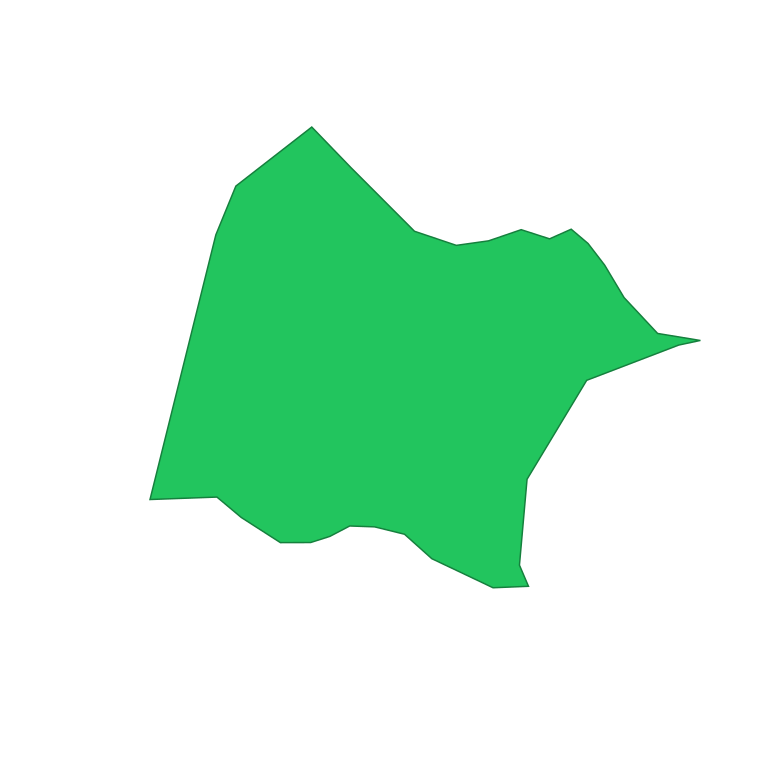 map outline of Selnica ob Dravi (Equal Earth projection), rotated 130°
{"feature_id": "SVN-234", "entity_name": "Selnica ob Dravi", "entity_type": "Municipality", "adm_level": 1, "iso_a3": "SVN", "parent_name": "Slovenia", "parent_adm1": "", "projection": "equal_earth", "projection_center": [15.485, 46.584], "detail": "fine", "context": "isolated", "style": "filled", "palette": "green", "viewbox_px": 768, "rotation_deg": 130, "n_neighbors": 0, "source": "natural_earth", "source_scale": "10m", "svg_char_len": 567}
<svg xmlns="http://www.w3.org/2000/svg" viewBox="0 0 768 768"><g transform="rotate(130 384 384)"><path d="M250.9,231.1L365.0,213.2L435.7,163.8L446.1,143.3L470.0,169.5L487.1,235.1L485.9,271.7L499.5,299.4L514.8,319.0L535.5,327.5L552.6,338.3L572.1,361.4L578.0,407.6L578.0,439.3L622.9,489.0L377.8,608.7L327.6,624.7L233.6,604.5L239.5,548.4L247.4,458.8L231.3,417.7L207.1,395.9L177.6,378.1L166.4,350.5L145.1,340.1L145.2,318.0L151.1,291.4L163.5,255.6L169.4,206.9L147.6,170.1L147.2,169.6L164.8,183.3L250.9,231.1Z" fill="#22c55e" stroke="#15803d" stroke-width="1.5"/></g></svg>